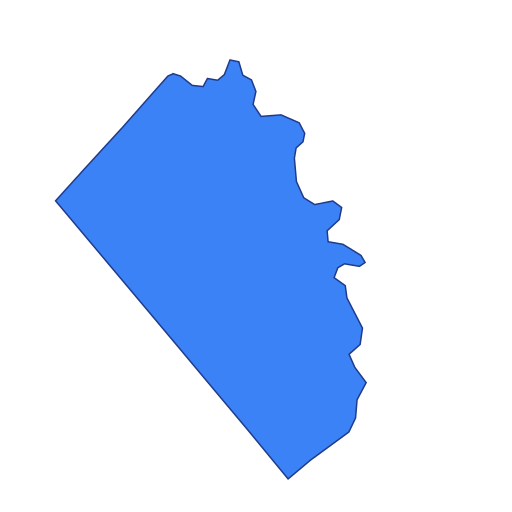 the district of Sequoyah, Oklahoma, United States of America, rotated 230°
{"feature_id": "52423323B29352809439371", "entity_name": "Sequoyah", "entity_type": "district", "adm_level": 2, "iso_a3": "USA", "parent_name": "United States of America", "parent_adm1": "Oklahoma", "projection": "albers", "projection_center": [-94.709, 35.465], "detail": "fine", "context": "isolated", "style": "filled", "palette": "blue", "viewbox_px": 512, "rotation_deg": 230, "n_neighbors": 0, "source": "geoboundaries", "source_scale": "gbopen_adm2", "svg_char_len": 933}
<svg xmlns="http://www.w3.org/2000/svg" viewBox="0 0 512 512"><g transform="rotate(230 256 256)"><path d="M449.1,309.6L449.0,309.0L450.0,305.9L450.4,304.5L450.5,304.2L447.1,281.2L440.1,234.8L440.1,234.5L436.2,204.8L432.4,176.0L431.9,172.8L431.7,171.7L431.3,168.2L427.1,137.9L241.8,138.0L180.9,137.9L128.1,137.9L64.6,137.3L64.6,166.7L61.5,214.1L67.9,228.1L80.9,241.0L88.2,259.0L107.1,260.1L120.9,264.1L121.3,278.9L132.3,291.2L165.4,298.7L175.9,305.3L189.2,301.9L194.4,311.1L193.1,318.8L181.6,328.6L180.9,335.4L189.0,336.8L209.1,330.1L220.6,320.4L229.6,326.7L230.4,343.2L238.1,352.8L248.8,350.2L257.7,334.0L269.9,330.0L287.0,334.8L306.3,348.3L313.0,356.2L313.3,365.4L318.6,372.1L330.2,374.7L348.0,365.9L359.7,349.6L374.0,351.2L382.1,361.7L393.8,365.7L403.0,362.1L415.8,367.7L422.9,362.1L415.3,348.3L415.3,339.6L423.2,332.9L419.8,324.4L427.7,316.8L442.3,313.9L449.1,309.6Z" fill="#3b82f6" stroke="#1e3a8a" stroke-width="1.5"/></g></svg>